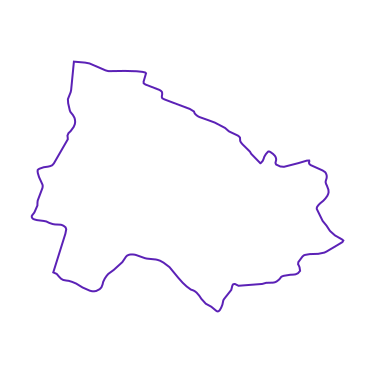 the Province of Tucumán, rotated 277°
{"feature_id": "ARG-1305", "entity_name": "Tucumán", "entity_type": "Province", "adm_level": 1, "iso_a3": "ARG", "parent_name": "Argentina", "parent_adm1": "", "projection": "robinson", "projection_center": [-65.419, -27.064], "detail": "fine", "context": "isolated", "style": "outline", "palette": "violet", "viewbox_px": 384, "rotation_deg": 277, "n_neighbors": 0, "source": "natural_earth", "source_scale": "10m", "svg_char_len": 3284}
<svg xmlns="http://www.w3.org/2000/svg" viewBox="0 0 384 384"><g transform="rotate(277 192 192)"><path d="M148.6,35.9L149.4,36.2L152.2,37.9L153.0,38.2L159.7,40.2L162.8,39.9L164.7,39.9L177.9,43.1L179.6,43.1L180.6,42.9L181.4,42.5L188.1,38.4L191.9,36.7L193.8,36.2L195.1,36.2L195.7,36.7L196.2,37.3L196.6,37.9L198.5,41.8L199.6,45.9L200.4,48.1L201.5,50.0L203.5,51.4L229.2,62.3L231.4,61.9L232.7,61.5L235.3,62.2L237.6,64.1L242.1,66.6L244.9,67.4L246.7,67.5L247.8,67.4L249.5,67.0L250.9,66.5L251.6,66.1L253.9,64.4L256.6,61.6L258.0,60.8L264.9,58.3L269.0,57.5L276.3,59.4L278.5,59.6L307.0,58.9L307.4,70.1L307.1,74.6L302.2,91.3L301.9,93.2L301.8,94.6L304.0,110.7L305.1,122.4L305.2,128.2L304.9,131.0L304.2,131.9L295.7,130.5L294.0,130.8L293.0,132.7L289.3,147.4L288.5,149.0L287.7,149.9L287.0,150.2L285.4,150.5L283.5,150.4L282.5,150.5L281.4,151.1L280.6,153.2L278.8,160.5L274.1,179.9L272.1,184.2L271.4,184.5L270.5,185.0L269.6,185.9L268.5,187.5L267.7,189.1L267.3,190.3L265.3,199.3L263.7,206.1L259.6,217.0L257.2,220.5L256.6,221.5L253.6,230.6L252.7,232.1L251.8,233.0L248.6,233.6L247.2,234.5L245.5,236.3L239.1,244.6L237.1,246.1L228.9,256.3L229.3,256.9L231.5,258.4L233.5,259.0L235.9,259.5L238.6,260.7L241.1,262.4L241.5,262.8L241.6,263.8L241.5,264.1L241.2,265.0L239.6,267.9L238.6,269.1L238.2,269.7L236.9,270.7L236.3,271.0L235.6,271.3L234.9,271.5L234.0,271.6L231.1,271.3L230.2,271.7L229.5,272.2L228.1,276.5L228.2,280.2L233.6,294.0L237.2,302.3L237.5,304.5L237.2,304.6L236.8,304.7L235.2,304.5L234.1,305.1L233.2,306.4L229.3,319.0L228.0,321.6L227.6,322.1L226.4,322.9L225.0,323.6L223.5,323.9L222.0,323.9L219.8,323.5L218.9,323.4L218.1,323.4L216.5,324.0L214.6,325.2L210.9,327.1L208.4,327.6L206.7,327.4L204.7,326.8L201.8,325.2L199.3,323.4L196.5,320.7L194.6,319.2L192.5,318.0L191.3,317.8L190.4,317.9L179.2,325.2L175.0,329.6L170.5,333.4L169.8,334.2L166.4,339.1L166.2,339.5L163.2,346.7L162.3,348.1L160.6,347.4L149.3,332.8L148.0,330.8L146.0,324.8L144.7,316.4L143.3,311.8L142.8,310.8L141.4,309.5L135.4,306.1L133.2,306.1L132.0,307.0L130.4,307.9L126.9,308.9L124.3,307.1L123.8,306.3L122.9,304.8L122.4,302.9L121.8,299.5L120.0,293.3L119.3,291.8L118.5,290.8L116.7,289.8L115.5,288.9L113.7,287.1L112.9,286.0L112.4,285.0L111.9,283.4L110.9,276.7L109.3,272.9L104.6,249.6L105.9,245.9L105.8,245.0L105.2,243.9L104.4,243.6L103.6,243.4L99.6,242.9L89.9,237.0L88.4,236.3L83.9,235.9L80.9,235.1L78.2,234.0L77.1,233.1L76.6,232.2L76.7,231.3L77.0,230.6L80.5,225.1L82.8,219.3L87.1,214.3L90.0,211.8L92.7,208.8L93.6,207.3L94.0,206.6L94.6,204.8L95.0,202.8L97.6,198.2L100.8,193.8L105.3,188.7L114.7,178.8L118.4,172.4L119.9,168.7L120.4,166.2L120.6,164.4L120.4,155.3L120.6,153.3L122.6,144.3L122.8,142.9L122.8,140.9L122.6,139.3L122.4,138.2L122.1,137.4L121.8,136.7L121.0,135.4L120.4,134.9L119.8,134.4L113.9,131.4L105.1,123.8L100.5,118.9L98.4,117.5L95.5,116.0L92.0,114.8L89.3,114.5L86.3,113.7L84.3,112.2L82.1,109.0L81.5,106.9L81.3,105.1L81.6,102.6L83.9,95.0L87.0,88.2L88.2,83.9L88.8,80.5L88.8,78.0L89.0,74.9L89.9,72.7L91.8,70.3L93.3,68.7L94.2,67.7L95.3,64.1L135.1,71.4L139.7,71.7L140.5,71.3L141.5,70.8L142.0,70.0L142.6,69.0L143.0,68.1L143.3,67.1L143.5,66.1L143.5,65.1L143.1,59.9L143.2,57.7L143.9,54.2L145.0,51.0L145.2,48.2L145.2,41.6L145.5,39.4L145.8,37.9L146.2,37.2L146.8,36.5L147.7,36.0L148.6,35.9Z" fill="none" stroke="#5b21b6" stroke-width="2"/></g></svg>